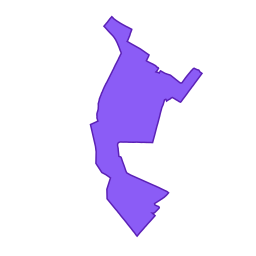 Marg, Al Qahirah, Egypt (Natural Earth projection), rotated 114°
{"feature_id": "37247803B51665438591487", "entity_name": "Marg", "entity_type": "district", "adm_level": 2, "iso_a3": "EGY", "parent_name": "Egypt", "parent_adm1": "Al Qahirah", "projection": "natural_earth1", "projection_center": [31.344, 30.156], "detail": "fine", "context": "isolated", "style": "filled", "palette": "violet", "viewbox_px": 256, "rotation_deg": 114, "n_neighbors": 0, "source": "geoboundaries", "source_scale": "gbopen_adm2", "svg_char_len": 5574}
<svg xmlns="http://www.w3.org/2000/svg" viewBox="0 0 256 256"><g transform="rotate(114 128 128)"><path d="M47.5,85.1L46.7,86.2L46.3,87.0L46.4,87.6L46.6,88.4L46.6,89.3L46.6,90.1L46.6,91.0L46.5,91.9L47.2,92.5L47.8,92.7L48.4,92.9L50.3,93.6L51.0,93.8L52.0,94.0L52.9,94.3L53.6,94.5L56.1,95.2L56.9,95.4L58.5,95.8L59.3,96.0L59.9,96.1L60.6,96.2L61.3,96.4L61.8,96.5L62.4,96.6L63.2,96.8L64.0,96.9L64.9,97.2L65.6,98.5L65.2,100.2L64.9,101.3L64.4,103.4L64.1,104.5L63.8,105.5L63.0,108.7L62.8,109.5L62.6,110.2L62.5,111.1L62.6,112.0L62.8,113.7L63.0,116.3L63.0,117.0L62.9,117.7L62.8,118.4L62.8,119.2L62.6,120.5L62.6,121.6L65.1,121.9L65.0,122.9L65.3,124.0L65.4,125.3L64.7,125.0L63.9,124.8L63.3,124.7L62.5,124.6L61.1,124.4L60.6,125.0L60.6,126.2L60.4,127.0L60.0,127.6L59.8,128.5L59.7,129.8L59.5,131.4L59.5,132.9L59.4,135.6L59.3,137.5L59.1,138.6L57.2,138.5L54.1,138.4L52.7,138.5L52.2,141.2L51.5,144.8L50.7,149.1L50.0,156.7L49.7,159.9L49.2,164.0L48.4,163.9L47.1,163.9L44.3,164.0L43.1,164.0L42.3,164.1L40.3,164.4L39.2,164.4L38.2,164.5L37.4,164.5L36.3,164.7L36.0,169.5L36.0,170.7L35.7,174.5L35.4,177.4L34.7,182.2L33.8,186.1L33.4,186.5L32.9,188.1L33.3,188.2L34.2,188.5L34.7,188.6L35.1,188.8L35.8,189.0L36.5,189.1L36.8,189.2L37.1,189.3L37.4,189.4L38.0,189.5L38.5,189.6L38.8,189.7L39.0,189.7L39.3,189.7L39.4,189.8L39.9,189.9L41.0,190.3L41.4,190.4L42.2,190.6L43.0,190.8L43.4,191.0L44.4,191.2L44.5,191.3L44.8,191.4L44.9,191.2L45.2,190.5L45.4,189.8L45.6,189.5L46.0,188.5L46.8,186.8L47.6,185.0L48.1,183.8L48.3,183.4L48.7,182.3L48.9,182.0L48.9,181.9L49.0,181.5L49.3,180.8L49.5,180.4L49.8,179.6L50.1,179.0L50.2,178.8L50.4,178.4L51.2,177.0L51.6,176.5L51.7,176.2L51.9,176.0L52.0,175.7L52.3,175.3L53.7,173.6L54.1,173.1L54.3,172.8L54.8,172.3L55.0,172.1L55.1,171.9L55.4,171.6L55.6,171.5L55.9,171.1L56.1,170.9L56.3,170.7L57.5,169.4L58.7,168.2L59.3,167.6L59.5,167.5L59.7,167.2L59.9,167.1L60.0,166.9L60.4,166.6L61.1,165.8L61.9,165.0L62.4,164.6L62.6,164.6L63.1,164.6L63.5,164.6L64.4,164.7L64.7,164.7L65.7,164.7L66.0,164.7L67.3,164.8L67.6,164.8L68.3,164.8L68.5,164.8L68.9,164.8L69.1,164.8L69.5,164.8L69.8,164.8L70.2,164.8L70.9,164.9L71.6,164.9L71.8,164.9L72.3,165.0L72.9,165.0L73.6,165.0L74.0,165.1L74.5,165.1L74.8,165.1L75.0,165.1L75.6,165.2L75.8,165.2L76.1,165.2L76.5,165.2L77.0,165.2L77.4,165.2L77.6,165.2L78.5,165.3L79.3,165.2L80.7,165.3L82.2,165.4L83.4,165.4L84.7,165.5L85.5,165.5L86.9,165.6L87.6,165.6L95.6,166.0L95.9,166.1L96.1,166.1L96.4,166.1L96.6,166.2L96.9,166.2L97.5,166.2L97.8,166.2L98.3,166.2L98.6,166.2L99.1,166.3L99.3,166.3L99.8,166.3L100.2,166.3L100.7,166.3L101.7,166.3L102.6,166.3L102.8,166.3L103.9,166.3L104.3,166.2L104.9,166.2L105.6,166.2L106.3,166.2L106.4,166.3L106.6,166.3L106.9,166.3L108.1,166.2L108.7,166.1L109.1,166.1L110.0,166.1L110.5,166.1L111.8,166.0L112.1,166.0L112.4,166.0L112.8,166.0L113.0,165.9L113.3,165.9L113.5,165.9L113.8,165.7L114.1,165.6L114.5,165.6L114.8,165.5L115.1,165.5L116.0,165.3L117.0,165.2L117.4,165.1L117.8,165.1L118.0,165.0L118.2,164.9L118.4,164.8L118.8,164.6L119.4,164.3L119.6,164.2L120.1,164.0L120.5,163.8L121.4,163.5L121.6,163.4L121.9,163.3L122.0,163.3L122.1,163.2L122.3,163.1L122.7,162.9L123.5,162.8L124.1,162.7L124.7,162.6L125.0,162.5L125.3,162.5L125.7,162.5L125.9,162.5L126.0,162.5L126.2,162.4L126.9,162.3L127.3,162.2L127.6,162.2L127.8,162.1L128.0,162.0L128.3,161.9L128.8,161.7L129.9,161.1L130.5,160.8L131.0,160.6L131.4,160.5L131.9,160.1L132.3,159.6L132.9,159.2L133.0,159.1L133.5,158.8L133.7,158.5L133.9,158.4L134.0,158.3L138.2,162.0L140.1,163.7L157.9,150.3L162.7,147.4L173.4,142.9L179.3,133.8L179.6,129.4L180.7,123.7L192.5,122.4L201.2,118.3L207.1,106.6L208.2,104.2L209.0,102.8L210.0,100.7L211.0,99.0L212.2,96.6L213.7,93.5L214.2,92.6L215.0,91.0L215.9,89.4L218.0,85.3L218.5,84.3L220.2,81.2L220.8,79.9L221.3,79.0L222.3,77.4L223.1,75.7L219.1,74.6L218.4,74.4L213.8,72.9L211.3,72.2L210.6,71.9L207.2,70.9L203.7,69.7L197.1,67.6L196.6,69.0L195.9,71.1L195.7,70.5L195.2,69.8L194.6,69.3L193.9,69.0L192.4,68.4L191.1,67.9L189.1,67.2L188.5,67.0L187.7,67.2L187.3,68.2L187.4,69.3L187.4,70.2L187.4,71.5L187.2,72.3L186.3,73.0L185.4,72.5L184.7,72.0L183.4,71.1L182.7,70.7L181.3,69.7L179.6,68.7L179.0,68.2L177.6,67.4L177.0,67.0L176.4,66.7L175.8,66.4L175.2,66.2L174.7,65.9L174.1,65.7L173.4,65.4L172.1,65.0L171.4,64.8L170.7,64.6L170.2,66.3L170.0,73.2L169.9,75.3L169.9,85.7L169.9,89.0L169.9,94.1L169.9,97.2L169.9,100.3L169.9,106.6L169.5,110.8L168.9,111.6L168.0,112.6L164.3,116.0L160.4,119.8L159.8,120.3L159.3,120.8L158.5,121.5L157.7,122.3L157.4,122.9L157.5,123.8L157.6,124.7L157.1,125.1L156.0,125.7L154.1,126.8L153.1,127.4L151.5,128.3L150.5,128.8L150.0,129.2L149.3,129.7L148.4,130.3L147.6,130.7L146.8,130.9L146.1,131.0L145.2,130.7L144.4,130.0L143.7,129.0L143.4,128.1L142.8,126.6L142.3,125.6L141.2,123.1L140.9,122.2L140.6,121.5L140.3,120.7L140.0,120.1L139.2,118.2L138.5,116.6L138.1,115.8L137.6,114.8L137.2,113.9L136.2,111.3L135.8,110.2L134.6,107.6L133.7,105.3L132.9,103.4L132.6,102.7L132.2,101.9L131.9,101.0L131.3,99.6L124.9,100.6L124.2,100.7L123.0,100.9L120.6,101.3L118.3,101.7L114.0,102.4L112.4,102.6L111.6,102.7L106.8,103.5L104.3,103.9L101.8,104.4L100.6,104.6L100.1,104.7L99.3,104.8L98.6,104.9L97.9,105.0L96.7,105.2L95.6,105.4L94.7,105.4L94.0,105.4L92.5,105.4L88.0,106.0L87.4,106.1L86.4,105.1L86.8,104.5L87.7,103.7L87.2,103.4L86.4,102.9L85.6,102.4L84.7,101.6L84.1,101.2L83.3,100.9L82.1,100.0L82.2,98.8L82.3,97.5L82.6,95.7L82.7,94.5L82.8,93.5L83.1,91.8L83.0,90.5L82.3,90.2L79.4,89.6L78.7,89.4L77.7,89.2L76.5,88.9L73.0,88.1L70.4,87.6L67.7,87.0L65.6,86.5L64.5,86.3L62.7,85.8L60.2,85.3L57.6,84.7L54.9,84.1L48.0,82.6L47.5,85.1Z" fill="#8b5cf6" stroke="#5b21b6" stroke-width="1.5"/></g></svg>